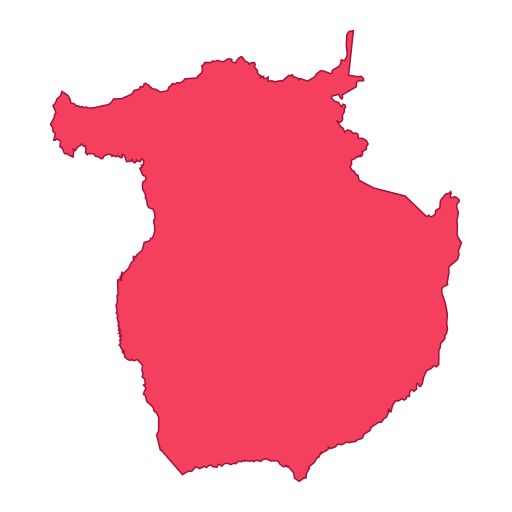 the district of Juína, Mato Grosso, Brazil
{"feature_id": "56859067B536957101827", "entity_name": "Juína", "entity_type": "district", "adm_level": 2, "iso_a3": "BRA", "parent_name": "Brazil", "parent_adm1": "Mato Grosso", "projection": "equal_earth", "projection_center": [-59.388, -11.492], "detail": "fine", "context": "isolated", "style": "filled", "palette": "rose", "viewbox_px": 512, "rotation_deg": 0, "n_neighbors": 0, "source": "geoboundaries", "source_scale": "gbopen_adm2", "svg_char_len": 5968}
<svg xmlns="http://www.w3.org/2000/svg" viewBox="0 0 512 512"><path d="M122.2,349.4L122.5,351.6L123.6,350.7L124.2,351.7L123.1,352.9L124.9,355.2L124.8,357.1L128.0,359.7L130.2,360.4L132.0,359.4L133.0,360.6L134.7,360.6L137.2,359.4L142.5,365.2L141.9,370.3L143.1,373.3L142.1,376.9L144.8,379.1L145.2,384.1L143.5,385.0L145.5,387.2L145.9,389.0L144.4,390.8L143.5,394.4L145.3,395.3L146.8,401.5L153.0,407.1L154.2,411.2L156.2,412.4L158.7,417.1L158.6,430.9L156.6,434.9L160.4,450.1L161.2,450.1L182.5,474.6L188.6,471.1L191.8,471.2L195.8,466.8L199.6,468.6L204.5,466.3L206.4,467.6L208.9,465.5L211.6,465.2L212.4,466.6L216.9,467.3L217.9,464.9L219.4,464.5L221.7,466.2L224.5,463.6L227.4,463.3L230.9,464.6L234.3,463.1L235.6,463.8L238.7,461.2L241.4,461.7L243.3,460.4L244.4,461.3L245.0,460.5L250.5,461.2L251.4,460.5L253.7,461.6L256.2,460.2L260.8,461.4L263.1,459.2L266.6,459.0L270.9,461.0L276.5,460.7L278.6,461.7L279.7,463.9L283.0,466.6L285.3,466.6L286.1,465.3L287.4,466.8L287.8,466.1L293.7,472.8L294.5,478.2L299.2,481.3L304.1,477.9L305.9,478.1L306.5,473.4L309.5,468.1L308.7,466.9L314.0,462.8L317.5,457.1L318.8,457.3L320.5,453.3L321.4,453.7L321.6,452.2L322.7,452.5L326.7,450.3L329.2,448.3L328.7,447.4L330.9,448.5L335.3,446.9L337.8,444.1L341.9,444.7L346.7,442.0L348.7,442.6L355.7,441.4L357.4,439.8L362.1,438.4L364.3,433.9L369.7,430.8L371.5,426.9L378.7,422.3L381.2,422.3L384.2,418.5L386.5,417.1L388.1,413.4L388.5,409.3L389.2,409.3L389.6,411.7L391.0,411.8L392.5,405.6L395.1,401.1L399.0,400.7L401.8,398.6L404.0,400.1L406.1,398.8L406.9,396.3L409.5,396.4L409.4,393.1L410.7,390.3L412.3,389.5L413.7,391.5L416.5,389.3L416.6,383.6L418.1,383.7L419.3,386.4L420.8,386.1L422.3,383.7L423.7,377.0L426.6,370.5L430.9,368.7L434.1,365.5L436.3,366.9L438.7,364.5L438.9,350.3L440.0,348.1L440.8,343.3L444.9,338.8L444.9,335.5L446.6,333.2L447.5,328.5L446.7,323.5L447.4,314.3L445.3,303.2L441.9,293.1L441.7,289.2L442.7,287.1L447.6,284.8L447.3,282.0L448.9,273.1L448.8,266.9L457.6,259.4L459.0,254.5L458.4,250.7L461.5,242.8L458.1,237.4L457.1,234.1L457.4,225.0L456.8,220.9L458.3,213.8L458.1,211.2L456.9,208.9L456.7,204.6L459.3,201.2L459.0,199.6L455.6,196.8L451.0,197.5L450.2,196.7L451.1,193.0L450.7,191.6L449.0,193.3L445.8,194.0L441.5,199.1L440.3,201.5L439.9,207.8L435.7,210.5L435.1,214.4L431.8,216.7L430.0,216.6L428.9,215.2L426.7,216.7L405.1,196.0L373.7,188.0L359.1,180.3L357.9,175.1L356.3,175.0L353.8,171.0L351.9,170.1L350.0,166.7L351.6,164.4L351.4,160.2L355.7,158.2L356.2,156.8L358.7,156.9L358.9,155.8L360.7,156.6L361.1,155.1L361.8,155.7L362.8,153.4L362.1,151.9L366.5,149.1L366.2,146.9L368.1,144.0L366.6,140.8L362.7,138.3L358.3,138.4L358.0,134.4L357.2,133.6L354.5,132.9L353.2,133.6L350.9,130.9L347.5,129.9L344.8,132.2L342.8,127.9L341.3,127.3L336.5,120.4L338.9,122.5L341.4,121.6L342.6,119.4L342.5,115.0L344.4,111.7L344.2,109.2L345.6,106.9L345.1,105.1L342.8,104.2L341.6,106.7L340.9,106.4L338.5,102.4L334.9,101.5L331.3,98.1L332.0,96.1L338.6,94.4L340.1,97.5L341.9,99.0L342.6,97.7L342.4,94.9L356.3,86.7L356.6,82.4L357.7,81.0L363.6,80.7L363.4,78.6L361.1,76.3L357.6,76.7L348.6,75.2L353.4,30.7L349.0,31.5L346.8,34.8L346.3,45.4L347.2,53.7L346.8,56.5L344.6,60.6L341.4,59.8L340.4,64.4L339.2,66.2L332.8,70.0L332.1,70.7L332.3,72.7L330.9,73.7L323.3,70.9L320.4,70.8L316.5,73.9L314.6,77.0L307.7,81.0L300.1,78.6L298.9,79.8L298.7,78.7L293.3,76.5L292.2,74.7L290.7,75.7L288.9,75.3L282.1,81.3L281.0,80.6L274.6,81.8L272.2,80.8L267.9,81.1L268.2,77.1L265.8,78.5L263.6,78.2L263.6,76.4L260.3,77.4L261.0,75.6L258.9,74.9L257.3,72.3L257.5,70.6L254.2,66.6L255.2,65.1L254.6,62.7L251.5,62.6L249.1,64.4L248.1,62.5L244.9,60.9L242.4,57.1L241.0,56.7L238.4,58.4L235.1,63.0L232.3,62.0L231.4,61.0L232.0,59.8L231.3,59.2L228.2,58.8L223.0,61.9L217.4,60.4L215.8,61.3L212.4,61.1L210.7,62.6L204.8,62.4L203.3,65.0L201.8,65.6L202.4,68.9L201.9,72.5L197.4,76.5L197.7,77.3L196.9,78.0L185.1,78.8L182.8,81.5L179.8,82.9L177.0,82.6L175.4,84.1L172.3,83.5L171.1,85.6L169.0,86.9L167.7,90.4L166.8,90.9L160.5,92.1L156.0,89.3L152.5,88.9L148.7,85.2L145.3,83.3L144.2,83.7L143.0,87.0L140.4,86.5L139.2,89.2L134.1,90.4L132.0,94.0L121.6,98.7L113.5,99.0L111.4,102.3L108.6,104.5L94.3,107.7L89.0,108.2L86.4,107.1L83.1,107.6L82.3,106.5L80.5,107.0L77.8,105.7L76.7,106.3L74.0,103.7L70.7,102.8L70.2,99.5L67.8,95.3L61.9,91.4L60.6,95.8L57.0,98.9L55.3,103.3L53.0,105.5L56.0,112.4L54.5,114.7L54.3,117.3L50.5,124.5L52.6,127.5L53.0,131.5L55.4,133.6L53.7,140.2L55.6,140.1L56.7,138.9L60.0,140.5L60.5,141.3L59.9,146.7L61.1,147.6L61.9,147.2L64.3,153.2L65.6,154.0L67.8,153.5L68.4,154.8L73.1,157.1L73.8,150.6L72.5,148.6L75.2,150.7L78.5,146.1L80.1,145.8L81.6,144.0L83.5,146.2L85.2,145.8L86.0,149.8L85.5,152.9L87.4,154.7L88.3,153.6L93.6,153.8L95.7,156.5L99.0,156.8L100.4,158.5L102.6,158.7L103.8,156.2L108.6,154.0L111.2,155.0L112.0,156.5L113.2,155.4L116.2,156.8L117.7,155.7L120.9,157.8L122.4,157.1L122.2,154.9L123.0,154.2L124.9,156.4L126.5,161.6L130.9,161.3L132.1,159.5L133.2,162.0L134.9,162.9L136.3,161.2L136.3,159.2L136.8,160.9L140.2,161.6L141.8,158.8L143.8,160.8L143.2,165.3L141.4,165.2L142.2,167.2L139.8,168.3L143.1,175.6L144.8,175.7L146.2,178.0L145.5,180.3L143.0,181.8L142.4,185.0L142.8,189.5L145.5,194.5L145.4,198.0L146.9,200.8L147.2,205.0L148.8,207.6L153.3,209.4L154.6,213.6L155.1,218.6L153.8,220.1L153.8,222.4L154.7,226.2L154.6,231.9L153.4,235.9L151.9,238.5L150.7,238.3L149.8,240.8L144.2,242.4L142.2,250.3L136.4,255.2L135.6,257.4L133.4,256.4L133.3,259.1L134.2,259.4L134.1,260.2L131.4,262.5L128.5,268.5L123.6,273.3L122.9,273.7L122.0,272.3L121.4,274.1L122.7,275.5L120.5,276.0L121.6,278.3L120.0,277.9L121.3,280.3L118.2,279.4L117.6,280.7L118.1,295.0L117.0,295.4L117.4,300.1L116.8,304.4L116.0,305.1L117.2,311.2L116.2,312.8L117.9,315.4L117.2,317.4L118.2,322.1L118.9,322.3L118.2,326.0L119.0,325.9L118.9,327.7L119.7,328.4L118.6,329.2L118.6,330.2L120.1,330.6L119.3,330.9L119.8,332.7L118.8,333.4L120.8,334.1L121.0,335.5L120.2,334.9L119.6,336.4L120.5,336.9L120.2,339.3L121.2,339.9L119.8,340.3L120.5,343.2L118.8,345.7L120.1,344.6L120.7,347.4L122.2,349.4Z" fill="#f43f5e" stroke="#9f1239" stroke-width="1.5"/></svg>